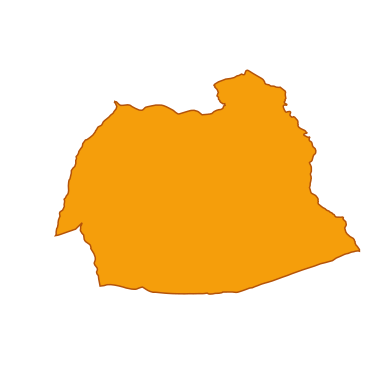 Dekese, Kasaï-Occidental, Democratic Republic of the Congo (Robinson projection), rotated 253°
{"feature_id": "63176286B23528212594514", "entity_name": "Dekese", "entity_type": "district", "adm_level": 2, "iso_a3": "COD", "parent_name": "Democratic Republic of the Congo", "parent_adm1": "Kasaï-Occidental", "projection": "robinson", "projection_center": [21.532, -3.234], "detail": "fine", "context": "isolated", "style": "filled", "palette": "amber", "viewbox_px": 384, "rotation_deg": 253, "n_neighbors": 0, "source": "geoboundaries", "source_scale": "gbopen_adm2", "svg_char_len": 5868}
<svg xmlns="http://www.w3.org/2000/svg" viewBox="0 0 384 384"><g transform="rotate(253 192 192)"><path d="M247.8,82.9L245.3,82.1L242.8,80.6L240.3,79.2L239.3,77.9L237.4,76.9L236.9,76.7L234.1,75.6L229.4,74.4L227.3,73.4L226.2,72.5L225.0,70.7L223.4,69.3L222.5,67.6L220.8,67.6L219.5,67.1L217.3,66.0L215.5,65.7L212.5,63.0L211.6,60.1L210.9,59.4L210.1,59.0L207.5,58.7L204.4,56.2L201.9,55.0L200.5,54.6L198.5,53.5L197.8,53.2L196.4,51.8L193.5,50.4L191.1,49.7L190.2,48.7L189.9,51.2L189.9,53.5L190.0,56.0L190.1,58.4L190.2,60.7L190.3,62.9L190.4,66.3L190.5,68.1L190.5,69.3L190.5,69.8L194.7,77.9L192.6,76.5L192.1,75.9L191.6,75.4L189.3,74.7L188.5,74.2L187.6,74.0L184.8,74.7L182.5,75.8L178.2,75.1L176.8,75.3L175.6,75.8L171.6,78.9L170.5,79.2L168.4,79.1L167.5,78.7L161.7,80.2L159.5,80.3L158.0,80.4L155.9,79.9L154.8,79.3L153.0,77.9L152.2,77.6L150.8,77.7L146.9,79.1L145.6,78.9L144.8,78.5L143.5,77.4L143.4,77.3L141.5,77.2L139.4,78.0L136.3,77.4L128.9,76.6L128.2,80.5L128.2,83.6L127.2,87.2L125.6,90.8L123.5,94.7L121.1,98.6L119.5,100.9L116.9,105.7L116.0,108.0L115.5,109.6L115.4,110.9L115.6,112.5L115.7,114.9L115.6,116.8L114.3,118.0L112.1,119.8L110.5,121.3L109.0,123.1L107.6,125.3L106.7,128.1L104.9,132.4L103.4,136.0L101.9,139.9L100.4,144.0L99.3,147.3L97.9,151.6L96.7,155.4L95.5,159.8L94.3,163.5L93.1,167.8L92.3,170.5L91.7,172.3L91.3,174.1L90.9,176.9L89.7,178.1L89.2,179.1L88.5,182.0L88.3,184.4L87.3,188.2L87.0,190.8L87.1,191.8L87.3,191.9L87.3,192.3L84.6,201.3L83.1,204.8L82.8,206.4L82.8,209.3L82.9,212.5L83.1,216.3L83.3,219.0L82.8,221.8L83.1,224.2L83.2,226.0L83.3,228.0L83.6,231.3L83.6,234.7L83.5,238.4L83.5,242.8L83.8,248.2L84.1,253.3L84.3,259.0L84.7,264.0L84.9,268.4L85.2,275.2L85.3,280.9L85.4,287.5L85.8,294.0L85.5,299.0L85.4,302.7L85.3,306.3L86.7,310.7L87.2,315.4L87.8,319.8L87.8,321.9L87.6,323.1L87.9,326.8L87.6,329.4L87.6,331.1L87.1,333.7L86.4,334.8L88.1,335.3L91.2,334.3L91.8,334.1L92.2,333.9L93.0,333.4L95.6,333.0L96.2,333.3L97.0,333.4L97.8,333.1L98.8,333.2L100.4,332.7L103.3,330.0L106.7,328.0L108.1,327.6L108.3,327.5L108.7,327.4L113.0,327.5L114.9,329.5L115.7,330.0L118.7,330.3L121.7,328.6L122.1,328.7L122.5,328.7L123.0,329.2L123.4,329.2L123.9,328.8L124.0,328.7L124.4,326.9L125.5,323.5L126.0,322.4L127.0,321.7L127.5,321.6L128.8,321.3L129.8,320.3L130.9,319.8L132.6,318.0L133.6,317.5L135.3,315.4L137.2,314.3L138.8,312.6L141.5,310.7L143.5,309.4L144.1,309.3L145.1,309.4L146.0,310.0L147.1,310.0L147.5,310.2L147.9,310.4L148.9,310.5L150.0,310.2L152.5,309.2L155.8,306.0L156.2,305.8L156.7,305.6L156.9,305.6L158.0,305.6L159.8,305.7L161.8,305.6L162.2,305.9L163.8,306.9L165.6,307.5L168.3,309.1L168.8,309.2L169.6,309.7L169.9,309.9L172.0,310.4L173.5,310.3L174.7,310.5L176.9,312.2L178.9,312.8L181.0,313.4L182.5,313.3L185.6,312.8L186.0,313.3L186.5,315.2L187.3,316.2L190.7,318.3L191.8,319.3L192.2,320.2L192.6,321.0L193.3,321.7L195.3,322.5L197.5,322.4L199.8,321.0L201.0,320.8L203.4,321.0L204.6,320.9L205.6,320.3L206.4,319.5L207.0,319.3L208.2,319.4L208.6,319.6L208.9,319.7L209.2,320.0L209.7,320.5L210.2,320.4L210.3,319.4L210.7,318.5L213.5,315.7L214.3,315.7L214.7,316.2L214.8,317.2L214.7,318.9L215.2,319.2L215.8,318.6L217.0,318.4L218.1,317.6L219.6,315.9L220.9,314.5L221.9,313.7L222.8,313.1L223.9,312.8L224.9,312.8L225.6,313.3L226.7,313.2L227.6,313.7L228.9,313.9L229.9,313.7L230.5,313.4L233.4,312.1L234.3,311.2L234.2,310.3L234.4,309.3L235.2,308.8L235.8,308.4L237.1,308.1L238.9,309.4L239.6,309.6L240.3,309.2L240.5,308.8L240.8,307.0L240.7,305.8L240.9,305.2L241.9,304.7L243.6,304.3L245.9,304.1L246.9,304.2L247.0,304.2L247.5,304.4L247.8,304.6L248.2,305.6L247.6,307.4L247.4,307.8L247.7,308.2L248.2,308.2L249.9,306.6L250.4,306.6L251.1,306.5L251.3,306.8L251.7,307.3L252.1,307.8L253.3,308.1L254.0,309.1L257.1,309.5L258.6,309.9L259.9,310.6L261.2,310.6L266.5,306.9L266.5,306.0L267.6,303.3L269.2,301.4L270.3,298.3L272.1,296.8L272.6,295.7L273.6,294.1L274.9,293.5L276.0,293.6L277.4,293.3L278.8,292.8L280.2,291.8L281.7,290.4L284.7,287.6L285.9,286.5L287.2,285.3L288.8,283.9L290.1,282.8L291.2,281.8L291.8,281.2L292.3,280.4L292.2,279.2L291.6,278.6L290.7,277.8L289.9,277.4L289.0,276.5L289.1,275.4L290.3,273.8L289.7,270.9L289.9,269.1L289.1,265.8L289.3,262.0L290.1,257.2L289.9,254.5L289.7,251.0L289.6,249.5L288.5,245.4L287.9,244.5L287.7,244.2L287.1,244.3L286.5,244.9L285.6,244.5L282.7,246.0L279.4,246.3L279.0,245.8L276.6,244.0L274.8,245.0L272.9,244.5L271.5,245.3L270.4,245.2L269.9,245.5L269.4,245.7L267.2,247.5L266.9,249.1L265.9,248.9L265.2,249.0L265.0,247.5L264.9,247.5L264.1,246.8L263.3,246.4L263.2,246.0L263.0,245.6L262.6,244.8L262.5,244.2L262.5,243.9L262.5,243.5L262.7,242.7L262.7,242.4L262.8,242.0L262.9,241.6L262.9,239.8L262.9,239.3L262.8,238.9L262.7,238.0L262.6,237.6L262.5,237.1L262.5,236.7L262.3,236.3L261.4,234.3L261.2,233.9L261.3,233.1L261.3,232.7L261.3,231.9L261.4,231.5L261.5,231.0L261.6,230.6L261.7,229.7L261.8,229.3L262.0,228.4L262.1,227.9L262.3,227.0L262.4,226.6L262.5,226.1L262.6,225.7L262.9,224.2L266.8,221.6L267.8,220.5L268.7,219.1L269.5,217.9L270.3,214.8L270.4,211.9L270.4,209.8L270.4,207.7L270.4,202.6L270.7,201.6L271.8,200.5L273.1,199.5L274.7,198.5L275.8,197.7L278.5,195.0L281.0,192.4L282.8,190.2L284.0,188.2L284.9,185.4L285.7,182.7L286.2,178.1L286.5,174.6L286.6,172.6L286.2,171.4L285.5,170.2L284.8,168.6L285.0,167.4L285.7,165.6L288.4,162.4L289.8,161.0L291.3,159.5L292.8,158.4L293.4,157.6L294.2,155.9L295.0,151.6L295.7,149.1L296.7,148.1L298.0,147.3L299.6,146.5L300.3,146.1L300.8,145.0L301.2,144.7L300.4,144.1L299.8,144.4L299.2,144.7L295.8,145.1L293.7,143.8L291.7,140.9L290.5,139.7L290.2,139.1L289.3,136.7L287.9,134.4L285.9,129.4L285.0,127.7L282.6,125.4L282.2,124.5L281.7,121.4L281.2,120.6L279.6,119.0L278.6,117.6L277.8,117.1L275.4,113.8L273.9,110.3L272.8,106.9L272.9,105.3L270.2,101.7L267.8,100.5L267.4,100.2L265.9,98.1L263.9,95.7L262.2,94.7L260.7,93.2L259.8,91.6L257.7,91.3L257.1,90.9L256.3,90.1L253.2,89.2L250.6,87.3L249.7,85.3L247.8,82.9Z" fill="#f59e0b" stroke="#b45309" stroke-width="1.5"/></g></svg>